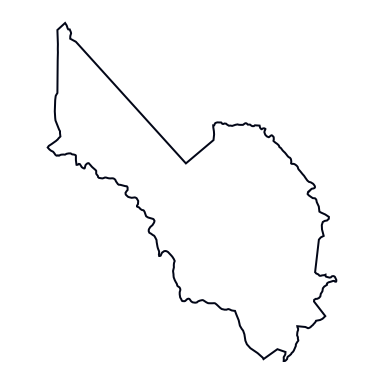 outline of Viancelle, Vieux Fort, Saint Lucia
{"feature_id": "8701671B99904787478825", "entity_name": "Viancelle", "entity_type": "district", "adm_level": 2, "iso_a3": "LCA", "parent_name": "Saint Lucia", "parent_adm1": "Vieux Fort", "projection": "natural_earth1", "projection_center": [-60.968, 13.815], "detail": "fine", "context": "isolated", "style": "outline", "palette": "ink", "viewbox_px": 384, "rotation_deg": 0, "n_neighbors": 0, "source": "geoboundaries", "source_scale": "gbopen_adm2", "svg_char_len": 5988}
<svg xmlns="http://www.w3.org/2000/svg" viewBox="0 0 384 384"><path d="M47.7,147.5L49.4,149.4L50.9,150.6L51.6,151.0L52.1,151.2L53.2,151.8L54.3,153.2L55.3,154.7L56.4,155.6L57.1,155.7L57.8,155.3L58.1,155.3L58.8,155.7L59.5,155.5L59.8,155.2L60.5,154.9L61.1,154.7L63.4,154.5L64.3,154.6L65.1,154.6L66.6,153.8L68.8,153.4L70.7,153.4L71.8,154.2L72.5,154.4L73.6,154.5L74.8,154.8L75.6,155.2L75.9,155.8L75.9,160.1L76.5,164.8L76.9,164.9L77.3,164.8L77.6,164.6L78.2,164.5L78.5,164.1L78.8,163.9L79.3,164.0L79.8,164.1L80.7,165.4L81.8,167.2L82.5,167.6L83.5,168.3L84.5,168.4L84.8,168.0L85.1,166.7L85.5,165.2L85.9,164.7L86.9,163.7L88.0,163.2L88.7,163.2L90.8,165.5L91.8,166.7L93.0,167.8L95.3,169.8L95.8,170.3L96.2,170.9L96.2,173.4L96.3,173.9L97.2,175.1L97.8,175.8L98.1,177.1L99.0,177.9L101.5,178.3L102.6,178.4L103.8,178.0L104.7,177.6L105.1,177.5L105.8,177.5L107.9,178.1L108.8,178.3L109.9,178.4L112.8,178.3L113.8,178.6L114.7,179.2L115.4,180.0L116.0,181.4L117.9,184.1L118.7,184.7L120.1,184.8L121.4,185.1L125.2,186.1L126.8,186.3L127.5,187.2L127.6,187.6L127.6,190.0L126.4,191.4L125.5,192.9L125.7,194.4L126.2,195.1L128.2,196.9L129.5,197.3L131.6,197.8L132.6,197.7L134.9,197.4L136.1,197.9L136.6,198.2L137.6,199.9L138.2,201.0L138.0,204.0L137.0,205.7L137.0,206.5L137.7,206.9L139.0,207.4L139.6,208.0L140.4,209.0L142.0,210.0L143.5,210.3L144.1,211.0L144.6,211.9L145.6,214.8L146.2,216.3L148.1,217.5L153.0,218.9L153.7,219.4L154.5,220.9L154.4,221.3L154.1,222.5L152.5,225.1L150.3,227.0L149.1,228.9L148.8,229.6L148.7,231.1L149.3,232.7L151.2,233.8L152.8,235.0L154.1,235.7L154.8,236.7L155.6,238.2L156.5,240.0L156.7,242.2L157.5,246.8L157.9,248.3L159.1,251.4L159.1,253.1L158.9,254.6L159.2,256.0L159.9,256.0L160.7,255.6L161.4,253.9L162.1,252.6L164.1,251.2L165.2,251.0L166.5,251.2L168.0,252.0L171.3,255.5L172.4,256.8L173.8,259.0L174.7,261.0L174.0,263.1L173.8,265.2L173.9,267.4L173.1,270.8L173.1,271.5L173.5,274.3L173.5,275.2L173.7,277.3L174.8,280.2L175.8,282.1L176.8,283.8L177.3,285.6L177.6,286.1L179.4,287.3L179.7,287.7L180.1,288.6L180.3,289.2L180.3,289.8L180.2,290.6L179.8,291.7L179.7,292.4L179.7,294.4L180.2,297.5L181.3,299.3L181.6,300.1L181.9,300.6L182.1,300.9L182.7,301.1L184.4,301.2L185.3,300.9L187.1,299.2L187.7,298.9L188.3,298.7L188.8,298.8L189.3,298.9L190.0,299.6L190.8,300.9L191.5,301.6L192.6,302.3L194.3,302.6L195.5,302.7L196.9,302.4L197.6,301.7L198.7,301.1L200.0,300.6L202.3,300.1L203.3,300.3L206.5,302.4L208.2,303.2L211.8,303.3L213.3,303.2L214.5,303.2L215.2,303.4L216.6,304.5L220.2,307.9L221.7,309.0L224.7,309.7L226.5,309.7L227.4,309.3L228.4,309.1L228.9,309.2L230.0,309.6L231.6,310.4L234.0,310.8L235.0,310.9L236.3,314.4L238.7,320.3L239.9,325.7L241.7,328.8L243.1,330.6L244.4,334.3L245.4,340.7L246.9,344.3L250.4,348.2L257.6,353.1L262.8,357.7L263.5,359.1L277.4,349.2L285.5,352.0L285.3,354.4L284.8,355.3L283.8,357.0L283.7,357.6L283.8,359.1L283.7,361.0L284.9,361.0L285.9,360.3L287.1,359.0L287.3,357.8L287.7,356.8L289.7,355.4L291.1,354.1L291.6,353.1L293.0,351.8L293.8,350.6L295.8,346.0L295.9,344.3L297.4,341.8L298.2,340.8L298.3,340.2L297.9,338.8L297.9,337.2L297.1,335.3L297.2,334.0L297.4,332.0L298.1,330.0L298.1,328.7L297.4,327.0L297.3,326.2L305.4,327.0L307.0,327.7L307.7,328.1L308.6,328.1L309.6,327.7L310.7,327.0L311.5,326.1L312.7,325.2L313.6,324.1L314.9,322.7L315.7,321.6L316.0,320.8L316.9,320.6L320.1,320.0L322.5,318.8L323.9,317.5L325.3,316.1L314.0,301.5L314.0,301.4L314.2,299.8L315.7,298.9L316.9,298.9L318.8,298.1L320.3,296.5L320.8,293.8L322.4,291.3L322.9,288.3L324.2,286.6L327.0,284.8L326.9,284.3L326.9,283.8L327.1,283.4L327.6,282.9L328.6,282.3L330.5,281.8L332.9,281.0L333.6,280.9L334.3,281.0L335.0,281.6L335.5,281.7L336.0,281.7L336.2,281.4L336.3,281.0L336.3,279.9L334.9,276.9L334.3,276.4L333.4,276.1L332.4,276.2L332.0,276.3L331.7,276.5L330.8,277.4L330.4,277.5L329.6,277.6L328.7,277.4L327.1,277.0L325.8,276.5L325.6,276.1L325.5,274.7L324.6,275.1L322.0,275.4L320.8,275.8L319.5,275.7L318.3,274.4L316.3,273.5L315.9,273.2L315.5,272.5L315.1,272.2L318.9,239.6L320.8,237.4L323.7,235.9L322.0,229.4L321.8,225.1L322.8,222.0L324.7,220.9L327.0,220.5L328.8,218.8L328.9,216.9L325.3,214.5L320.9,212.5L319.4,211.6L318.8,206.5L316.8,202.2L316.2,199.5L315.0,198.3L312.7,198.1L308.7,195.3L307.6,194.0L308.1,191.9L309.6,190.6L309.5,191.0L311.2,189.2L312.0,188.7L313.7,188.4L314.6,187.9L314.9,187.4L315.0,187.0L314.8,186.1L314.2,185.1L313.4,184.1L313.0,183.7L310.7,182.3L310.2,182.2L309.0,181.9L307.4,180.6L305.4,177.8L304.0,175.7L302.7,174.3L300.2,171.2L298.6,169.4L298.1,168.4L297.8,167.2L297.6,166.8L296.7,165.7L295.3,164.6L294.1,164.0L293.7,163.9L292.2,163.9L291.7,163.8L291.2,163.5L291.1,163.4L291.1,163.1L291.3,161.6L291.1,160.0L290.9,159.1L290.4,158.3L290.0,157.8L289.0,157.3L288.2,156.7L287.0,155.3L286.3,154.3L285.4,153.3L285.2,152.9L284.0,151.8L282.7,150.5L281.0,148.2L280.2,147.5L279.8,147.4L279.3,146.9L279.0,145.8L278.5,145.1L277.2,143.9L275.2,142.5L273.5,141.0L273.5,140.4L273.8,139.4L273.7,137.3L273.6,137.0L272.6,135.9L272.0,135.4L271.6,135.3L271.1,135.5L270.5,135.9L269.2,137.0L268.8,137.2L268.5,137.1L267.0,136.5L265.6,135.2L265.0,134.1L264.4,132.3L264.5,131.3L265.4,129.2L265.4,128.9L265.1,128.7L264.2,128.3L263.6,128.3L262.8,128.5L261.8,129.2L261.4,129.2L260.6,128.4L260.1,127.7L259.8,126.6L259.6,125.6L254.9,125.3L253.9,126.1L252.2,126.1L251.4,125.7L250.0,124.6L247.8,124.6L246.8,123.6L245.9,123.2L245.0,123.4L242.9,124.9L241.1,124.9L239.0,124.8L237.5,124.4L235.5,124.8L232.2,125.9L230.5,125.6L228.9,125.7L227.2,124.7L226.1,123.7L224.5,123.5L223.2,124.0L222.3,123.8L221.2,122.5L217.2,122.4L215.4,123.0L214.3,124.7L214.2,125.4L213.5,125.7L213.2,125.6L213.3,127.4L213.9,131.2L214.1,134.4L213.5,140.1L185.9,163.4L75.9,41.8L70.2,38.7L70.3,36.0L71.1,33.4L70.9,32.3L69.7,29.4L68.3,29.4L67.7,28.5L66.7,25.5L65.1,23.0L57.4,30.0L57.9,44.2L57.8,49.0L57.9,52.4L57.7,59.7L57.4,93.0L56.4,94.6L55.7,96.0L55.2,100.1L54.8,111.4L55.2,118.0L55.5,120.5L59.1,129.6L60.0,131.2L60.0,133.2L60.4,136.5L58.5,138.4L57.6,139.6L56.8,140.2L56.2,140.8L54.5,142.0L51.7,144.0L48.8,145.9L47.7,147.5Z" fill="none" stroke="#020617" stroke-width="2"/></svg>